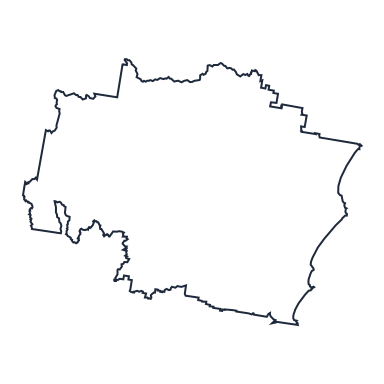 Port Macquarie-Hastings, New South Wales, Australia (Mercator projection)
{"feature_id": "25037944B90970778714828", "entity_name": "Port Macquarie-Hastings", "entity_type": "district", "adm_level": 2, "iso_a3": "AUS", "parent_name": "Australia", "parent_adm1": "New South Wales", "projection": "mercator", "projection_center": [152.45, -31.421], "detail": "fine", "context": "isolated", "style": "outline", "palette": "slate", "viewbox_px": 384, "rotation_deg": 0, "n_neighbors": 0, "source": "geoboundaries", "source_scale": "gbopen_adm2", "svg_char_len": 5839}
<svg xmlns="http://www.w3.org/2000/svg" viewBox="0 0 384 384"><path d="M129.4,60.2L127.8,60.3L126.7,59.2L125.1,59.1L124.6,59.9L127.1,63.4L126.8,65.1L123.4,64.3L123.3,64.8L122.5,64.7L117.2,97.3L94.3,93.7L95.4,96.4L93.2,98.8L89.9,98.0L88.8,96.3L86.7,95.0L86.1,95.4L85.9,98.4L82.7,99.5L80.5,97.0L78.7,96.9L77.6,95.0L76.1,95.1L74.0,93.3L66.3,95.9L65.0,95.3L63.2,92.0L61.2,92.1L60.7,91.2L59.5,91.2L58.3,90.1L56.3,90.9L54.5,95.2L54.9,98.1L56.5,98.6L57.1,100.1L56.6,102.7L56.9,104.3L55.7,105.4L55.5,106.3L56.5,107.9L59.5,109.0L59.2,111.3L59.7,113.4L56.4,125.7L56.7,127.6L54.7,130.6L52.6,131.6L51.5,133.0L50.0,130.6L49.1,130.4L48.1,131.3L45.9,130.1L37.0,179.6L36.4,178.8L36.6,178.0L35.9,177.5L34.3,179.1L32.4,179.0L30.0,181.6L29.1,181.9L28.6,183.1L27.8,182.7L27.4,183.7L26.2,184.2L25.7,183.9L25.8,182.5L25.2,181.9L24.4,186.5L23.0,195.2L24.0,195.8L23.9,196.9L24.5,197.0L24.1,199.3L25.5,201.1L26.1,200.4L28.1,202.4L28.6,201.9L29.5,203.0L30.8,203.4L31.7,204.2L32.6,206.9L31.9,208.4L31.0,208.1L29.7,209.5L30.2,210.8L29.5,211.1L30.0,213.6L29.2,214.4L30.6,215.1L30.0,217.2L31.4,218.8L30.4,219.5L31.0,220.4L30.5,221.8L32.4,224.2L30.9,225.7L31.7,227.0L31.9,229.0L60.8,233.3L61.2,231.7L60.5,228.9L61.4,225.9L60.7,223.4L59.4,222.0L59.0,218.4L57.1,217.0L57.0,214.7L55.9,212.2L56.0,207.6L54.6,201.2L55.7,201.3L57.2,202.4L59.6,201.8L60.8,202.5L62.0,204.6L63.7,205.1L64.0,206.1L65.6,207.0L64.9,212.8L65.7,214.9L66.6,215.8L69.6,216.8L69.4,220.3L67.9,221.6L67.8,224.2L67.2,224.7L67.5,227.9L66.9,228.5L67.5,229.5L66.6,230.9L66.6,233.2L66.0,234.2L67.1,234.7L67.6,235.9L70.7,237.6L70.7,238.9L72.1,239.8L71.8,240.6L73.4,242.5L74.5,242.2L76.1,243.3L77.7,242.4L77.7,241.6L79.0,240.4L78.6,239.1L77.7,238.6L78.0,237.9L78.7,237.9L78.5,237.3L79.3,235.3L80.4,234.0L80.1,232.3L79.2,232.1L80.1,231.9L79.5,231.1L80.6,229.1L81.4,228.7L82.7,229.7L85.1,230.1L87.4,229.2L88.0,229.7L88.6,227.9L89.3,228.0L89.2,227.2L89.8,227.2L89.8,227.9L90.7,227.7L92.8,225.1L93.9,222.3L93.1,221.4L94.3,220.3L95.7,221.4L96.5,221.2L97.2,222.3L98.3,222.4L99.6,225.3L100.4,225.5L99.9,227.2L100.3,229.0L101.4,229.0L104.1,233.5L103.2,235.0L104.1,236.3L105.6,235.0L106.6,234.9L107.1,234.1L108.2,234.9L108.8,236.4L109.6,236.5L113.1,231.5L117.1,231.7L118.8,231.2L121.8,231.6L123.9,232.6L122.9,233.8L123.4,235.1L122.8,236.6L126.9,236.7L126.5,238.2L127.7,239.1L125.6,240.8L124.4,240.7L122.7,243.1L122.7,243.8L125.1,246.4L126.5,246.5L125.8,247.4L126.8,248.1L126.3,248.9L124.9,248.7L123.1,249.8L126.7,250.9L126.2,252.1L126.7,254.5L125.2,255.7L127.0,256.4L126.0,257.2L126.2,258.1L129.2,259.0L127.3,262.2L124.4,262.0L123.3,263.8L121.5,264.3L121.9,266.5L119.7,269.5L118.1,269.2L117.5,270.0L117.5,274.4L115.4,277.8L115.8,279.4L114.4,279.4L114.1,280.0L114.5,281.0L115.4,281.1L116.3,280.9L116.6,279.9L118.0,279.9L119.7,278.8L123.3,279.3L124.0,275.5L128.9,276.3L128.4,279.5L131.8,280.1L130.3,289.5L129.7,290.9L130.6,291.7L132.6,292.4L133.3,291.8L134.0,292.5L134.5,291.7L137.1,290.8L139.2,291.7L141.4,290.9L142.9,291.6L142.6,292.9L146.1,293.5L144.9,297.5L147.5,297.6L148.2,298.6L148.9,298.2L150.7,298.9L151.4,297.3L150.8,295.7L151.1,294.8L153.7,292.6L155.0,292.6L155.4,289.2L158.0,289.7L157.8,290.5L160.5,290.9L160.3,291.8L162.5,292.2L162.7,291.5L164.4,291.8L164.7,290.0L166.6,288.9L168.8,290.1L170.4,289.8L171.0,287.9L172.0,286.8L175.4,287.7L177.4,286.1L181.4,286.9L186.0,285.4L184.8,293.8L185.6,295.7L198.6,297.6L198.2,300.1L200.9,300.6L202.2,301.2L202.2,301.6L206.3,301.7L205.9,304.0L210.0,304.9L209.7,306.3L213.5,306.7L213.3,307.9L220.3,308.9L220.0,310.6L222.2,310.9L222.4,309.5L224.7,309.9L224.7,309.4L232.5,310.1L236.4,310.7L236.3,311.5L248.7,313.4L251.7,314.4L253.1,313.2L253.7,313.5L253.8,314.6L266.8,316.8L268.5,313.9L270.0,313.0L269.9,314.3L270.7,316.4L273.5,319.3L275.4,320.1L272.0,323.3L275.8,322.5L276.3,321.8L297.5,324.9L297.0,324.0L297.7,323.9L297.6,323.1L295.7,320.9L296.2,320.6L294.1,320.1L293.2,318.0L293.4,315.1L295.3,309.4L298.6,303.3L305.1,294.6L308.7,290.7L310.8,290.3L311.4,288.7L311.9,289.0L312.7,287.9L314.1,287.2L313.6,286.7L311.4,287.5L309.9,286.3L309.9,285.0L308.7,284.3L308.4,281.9L308.6,279.4L310.5,273.7L311.7,271.1L313.7,269.9L313.5,268.5L310.7,264.7L311.0,261.8L312.6,257.5L317.9,247.4L324.3,238.7L335.8,225.2L341.7,219.5L342.3,218.3L345.1,215.6L346.8,215.6L346.9,213.8L345.9,213.0L345.4,211.7L345.9,208.6L346.4,208.3L345.0,207.7L344.3,205.3L345.1,203.2L343.9,202.8L342.7,201.3L341.6,195.6L340.0,195.1L338.2,192.8L338.4,186.0L340.9,177.5L346.7,165.6L354.9,152.7L357.8,149.3L358.6,148.8L359.4,149.1L359.4,147.5L360.1,145.7L360.8,145.8L360.5,145.3L361.0,145.2L359.8,144.1L358.5,144.8L357.4,143.8L319.7,137.5L319.2,135.5L319.5,134.0L315.2,133.2L315.5,134.1L315.1,134.0L301.3,131.8L301.1,131.3L301.9,131.0L301.2,129.5L301.1,126.4L304.7,127.0L306.7,115.5L301.5,114.7L302.3,113.5L301.8,111.8L302.5,108.1L282.2,104.4L282.0,105.7L281.3,105.6L281.1,107.2L281.8,107.3L281.6,108.3L270.1,106.4L271.0,102.3L276.5,102.9L278.0,93.8L273.4,93.0L273.8,90.6L268.6,89.7L269.2,85.8L266.0,85.2L265.4,88.5L261.1,87.7L262.3,80.3L260.4,81.1L261.4,75.1L258.7,75.1L256.4,70.7L255.3,70.1L254.9,71.2L251.9,70.5L251.7,72.0L251.0,72.3L251.1,74.0L250.0,74.4L249.2,76.0L248.3,75.7L247.3,74.0L245.2,75.0L243.3,74.1L240.3,76.4L236.9,74.4L235.8,71.8L233.8,69.5L232.5,69.7L231.1,68.3L229.3,67.9L227.3,68.4L225.4,66.0L224.1,65.8L221.8,63.4L220.5,63.1L217.9,65.0L213.7,65.0L212.4,66.5L209.7,65.1L207.7,65.6L207.4,70.9L205.9,72.4L205.7,73.7L203.6,74.8L202.6,73.8L200.2,75.3L200.1,78.9L199.6,80.0L194.3,80.8L192.2,81.9L190.1,82.1L187.3,80.1L184.0,80.9L181.6,82.3L178.1,80.7L174.2,81.5L171.1,78.6L169.8,78.6L168.6,77.0L166.5,78.7L165.2,78.4L163.6,79.1L160.1,78.1L157.3,79.9L155.2,79.4L152.8,81.1L150.3,80.1L149.0,80.8L147.3,80.7L145.7,81.7L144.0,80.8L143.0,81.7L141.4,80.9L140.7,79.3L136.6,77.1L137.5,74.1L135.7,70.4L136.3,68.6L132.9,65.0L131.8,64.5L131.3,62.4L129.4,60.2Z" fill="none" stroke="#1e293b" stroke-width="2"/></svg>